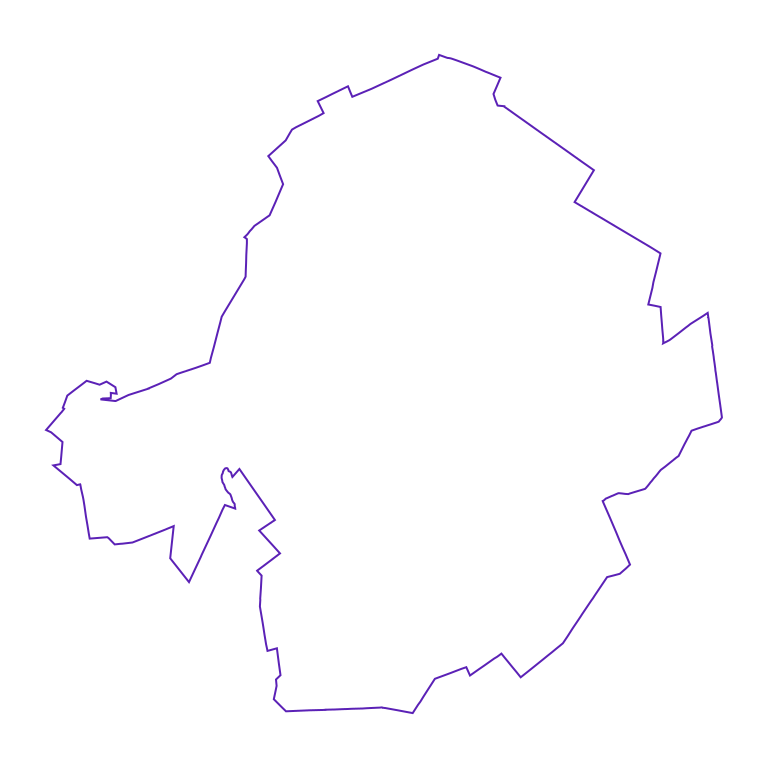 outline of Vectilžas pag., Balvu, Latvia
{"feature_id": "27541924B22199662205944", "entity_name": "Vectilžas pag.", "entity_type": "district", "adm_level": 2, "iso_a3": "LVA", "parent_name": "Latvia", "parent_adm1": "Balvu", "projection": "albers", "projection_center": [27.36, 56.987], "detail": "fine", "context": "isolated", "style": "outline", "palette": "violet", "viewbox_px": 768, "rotation_deg": 0, "n_neighbors": 0, "source": "geoboundaries", "source_scale": "gbopen_adm2", "svg_char_len": 5594}
<svg xmlns="http://www.w3.org/2000/svg" viewBox="0 0 768 768"><path d="M625.6,554.2L622.7,547.8L619.7,540.9L616.2,532.4L609.8,517.4L602.9,501.6L602.7,501.0L603.6,500.6L604.3,500.0L605.5,498.9L605.8,498.6L607.3,498.0L612.0,495.9L612.9,495.6L613.5,495.3L614.0,495.1L616.0,494.2L618.1,493.3L618.3,493.3L618.5,493.2L618.8,493.2L619.1,493.2L622.1,493.5L625.1,493.9L628.3,494.1L629.8,493.5L637.0,491.3L645.0,488.9L645.5,488.5L647.5,486.2L649.1,484.2L650.6,482.2L651.2,481.6L651.8,480.9L652.8,479.6L653.8,478.3L655.7,476.2L657.5,474.0L659.1,471.9L660.8,469.9L663.6,467.8L665.2,466.6L676.2,457.7L678.6,456.0L684.4,444.4L686.0,441.4L687.5,438.5L688.9,436.0L690.2,433.4L690.8,432.2L691.4,430.9L691.5,430.8L691.6,430.7L691.8,430.6L697.8,428.5L700.6,427.6L703.3,426.7L705.3,426.1L707.4,425.4L709.0,424.9L710.6,424.4L713.3,423.5L716.1,422.6L717.3,422.2L718.4,421.8L718.6,421.7L718.8,421.6L719.7,420.4L720.7,419.3L721.3,418.5L721.9,417.6L721.9,417.4L721.9,417.2L721.2,412.1L720.5,407.0L720.4,406.6L720.4,406.2L718.7,394.3L717.1,382.3L717.0,382.1L717.0,381.9L716.4,377.3L715.8,372.8L715.5,371.2L715.3,369.7L715.3,369.3L715.3,368.9L715.0,366.7L714.7,364.4L714.3,361.6L713.9,358.9L713.7,356.9L713.4,354.8L712.8,350.7L712.1,346.5L712.2,346.0L712.3,345.4L710.4,333.3L710.0,330.0L708.5,318.1L708.1,317.5L708.3,317.3L708.0,315.1L707.7,312.9L703.2,315.9L698.6,318.8L694.5,321.4L690.4,324.0L688.2,325.8L685.9,327.5L682.2,330.4L678.5,333.3L674.7,336.2L670.9,339.1L670.2,339.6L669.5,340.1L666.7,341.6L663.8,343.0L663.6,343.1L663.3,343.3L663.1,343.4L663.2,343.0L663.3,342.7L663.2,341.8L663.2,341.0L663.3,341.0L663.1,337.7L662.8,334.4L662.3,329.0L661.9,323.7L661.2,315.4L660.6,307.0L654.5,305.7L648.3,304.5L652.4,287.9L653.4,282.2L655.9,272.4L659.9,256.0L660.5,253.4L650.9,247.4L631.2,235.7L614.7,225.9L596.0,214.8L574.6,202.1L583.8,186.9L593.9,170.2L582.5,162.2L561.4,147.2L541.6,133.2L520.5,118.2L503.9,106.4L504.0,106.2L497.9,105.6L497.6,105.5L495.2,99.5L493.5,94.0L497.0,85.9L500.5,77.7L496.7,76.2L487.4,72.4L486.0,71.9L480.3,69.4L473.9,66.7L472.1,66.0L464.4,63.2L457.3,60.6L452.4,58.9L450.8,58.4L448.7,58.0L447.9,58.0L446.8,57.7L439.1,54.9L438.8,55.7L437.8,58.7L423.4,64.5L412.8,69.4L392.5,79.1L384.3,82.9L371.8,88.7L352.3,96.8L350.4,92.3L348.0,86.3L344.9,87.8L332.4,93.9L325.8,97.2L317.7,101.1L323.6,113.1L318.7,115.9L296.1,127.2L292.0,129.6L290.0,132.9L285.7,140.4L268.3,156.1L271.7,160.8L277.0,167.8L279.4,174.4L283.1,184.2L281.5,187.9L275.3,202.5L269.6,215.3L254.4,225.9L253.5,227.0L251.4,229.5L250.4,230.5L249.6,231.4L248.6,232.8L247.5,234.2L246.0,235.7L244.4,237.2L245.7,238.1L246.9,239.1L246.9,240.4L246.9,241.6L246.9,242.4L246.9,243.2L246.3,255.0L246.1,263.1L245.8,270.4L245.6,276.7L244.1,279.5L225.0,311.1L221.7,316.7L220.4,321.9L217.5,332.9L213.8,347.3L210.9,357.9L209.8,362.8L202.7,365.4L195.6,367.9L180.4,372.9L176.6,374.2L170.9,378.6L158.5,384.2L148.5,388.4L148.6,388.6L134.1,393.2L128.8,394.9L128.3,395.1L115.7,401.0L115.0,401.0L100.5,399.4L102.7,398.5L110.7,398.2L110.9,395.1L110.9,394.8L110.8,392.9L116.6,393.7L115.4,387.2L106.5,381.6L99.6,384.7L95.1,383.3L91.4,382.2L86.6,380.8L84.7,382.3L81.3,384.9L73.9,390.5L67.3,395.6L65.2,401.5L65.1,401.8L63.3,406.6L62.8,407.8L64.2,408.8L61.3,412.5L60.9,412.8L46.1,430.0L51.1,432.3L62.5,442.0L61.1,457.9L60.5,464.1L53.4,465.4L69.4,478.7L76.9,485.1L80.2,484.3L80.3,484.5L81.2,489.4L82.9,496.8L83.5,499.9L84.5,506.2L86.0,516.8L87.4,524.9L88.8,533.6L89.5,537.5L89.7,538.6L107.3,537.2L108.7,538.2L114.7,544.4L117.7,544.1L120.4,543.8L122.2,543.7L132.5,542.5L144.0,538.0L163.5,530.3L173.7,526.1L171.0,551.0L170.2,558.3L178.9,569.3L189.0,582.1L194.8,569.7L200.3,558.0L200.5,557.6L201.7,554.8L210.7,535.6L215.0,526.2L216.7,522.5L218.9,517.9L222.5,509.7L224.9,505.0L235.2,508.6L235.1,507.6L234.9,507.0L234.7,505.7L234.7,504.4L234.5,503.7L233.3,502.3L232.8,501.5L232.1,499.8L231.7,498.0L231.3,496.9L230.4,494.5L229.7,493.7L228.4,492.8L227.2,491.4L225.6,489.3L225.3,488.2L224.6,486.4L224.3,485.1L223.4,483.6L222.5,482.2L222.3,481.0L222.1,480.0L221.6,478.0L221.6,477.3L221.7,475.4L222.0,474.4L222.6,473.6L222.9,472.3L223.0,471.7L223.3,471.2L223.4,470.9L223.5,470.5L224.2,469.5L225.2,468.4L226.4,468.1L227.4,468.3L228.2,469.6L228.5,470.9L229.0,471.3L230.3,471.8L231.0,472.5L231.7,474.7L231.8,475.4L232.4,477.0L232.5,476.9L239.4,469.0L251.3,486.1L263.8,504.0L274.9,520.0L259.2,530.5L272.7,545.3L280.0,553.4L267.1,563.2L257.1,570.7L257.3,571.0L261.6,575.6L260.9,588.7L260.2,598.7L260.3,599.7L260.3,600.0L259.9,606.5L262.6,622.4L263.3,626.8L263.9,630.7L264.5,634.7L265.3,639.5L266.1,644.4L266.8,647.6L267.5,650.9L272.2,649.6L276.9,648.3L278.9,663.8L280.5,675.2L276.0,679.5L276.6,685.9L275.1,693.2L273.8,699.2L282.0,707.4L286.0,711.3L309.5,710.3L325.5,709.9L325.5,709.7L334.6,709.5L341.6,709.2L344.1,709.1L347.7,709.0L351.2,708.8L362.6,708.5L367.0,708.2L377.6,707.7L378.6,707.7L382.0,707.4L382.6,707.8L383.3,707.8L383.5,707.8L384.7,708.0L385.1,708.0L397.8,710.3L412.7,713.1L418.1,704.7L420.4,701.6L423.4,696.7L427.1,690.9L434.9,678.8L446.3,674.6L450.9,672.9L455.8,671.0L461.3,668.9L466.3,667.2L470.0,675.5L473.7,672.9L479.1,669.1L484.2,665.6L494.1,658.6L497.1,656.8L499.3,655.2L501.4,653.6L504.7,657.7L508.0,661.7L512.3,667.0L516.7,672.3L518.7,674.8L520.7,677.3L524.1,674.6L527.5,671.9L531.0,669.1L534.5,666.3L543.2,659.3L548.0,655.4L551.9,652.3L556.0,648.9L562.9,643.3L565.3,639.7L567.4,636.6L571.8,629.7L573.1,627.7L578.1,620.3L580.5,616.7L582.3,613.9L589.3,603.5L591.4,600.4L592.8,598.5L594.1,596.5L594.4,596.0L607.1,577.1L607.3,577.1L607.5,577.0L613.8,575.4L619.8,573.8L623.7,570.4L625.9,568.5L630.0,564.6L625.6,554.2Z" fill="none" stroke="#5b21b6" stroke-width="2"/></svg>